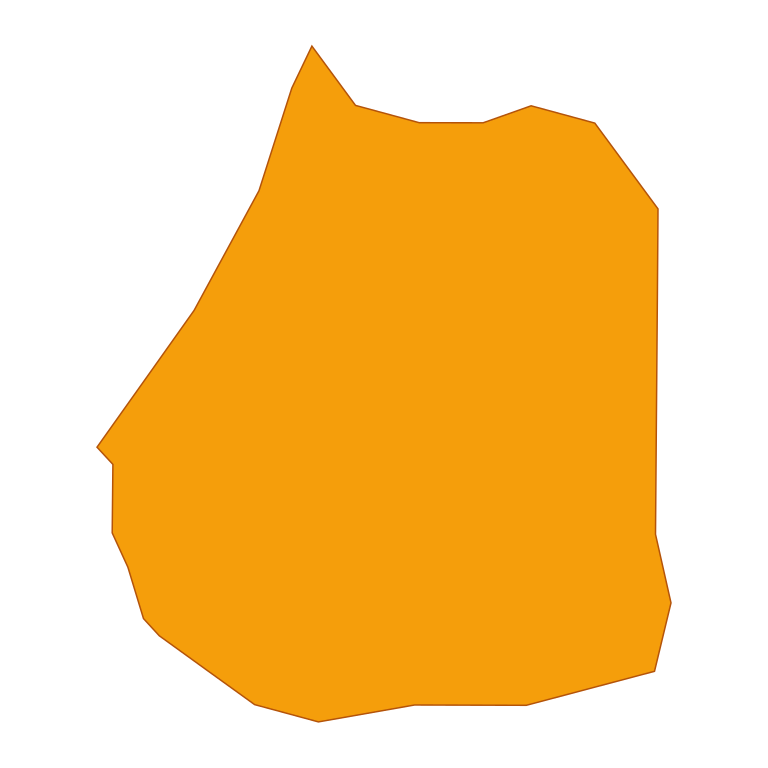 Tukjang, P'yŏngan-namdo, North Korea
{"feature_id": "82179303B96835998752740", "entity_name": "Tukjang", "entity_type": "district", "adm_level": 2, "iso_a3": "PRK", "parent_name": "North Korea", "parent_adm1": "P'yŏngan-namdo", "projection": "orthographic", "projection_center": [126.139, 39.616], "detail": "fine", "context": "isolated", "style": "filled", "palette": "amber", "viewbox_px": 768, "rotation_deg": 0, "n_neighbors": 0, "source": "geoboundaries", "source_scale": "gbopen_adm2", "svg_char_len": 476}
<svg xmlns="http://www.w3.org/2000/svg" viewBox="0 0 768 768"><path d="M97.0,447.2L112.9,464.4L112.2,532.9L127.9,567.2L143.5,618.6L159.3,635.8L206.9,670.2L254.6,704.6L318.4,721.9L414.5,705.0L526.3,705.3L654.5,671.3L671.0,602.9L655.5,534.3L656.3,431.5L657.4,294.5L657.9,226.0L658.0,208.9L594.8,123.1L531.1,105.8L483.1,122.8L419.2,122.7L355.5,105.4L311.9,46.1L291.8,88.1L259.0,190.7L194.1,310.4L145.6,378.8L97.0,447.2Z" fill="#f59e0b" stroke="#b45309" stroke-width="1.5"/></svg>